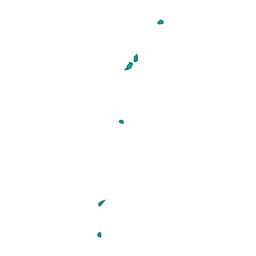 SVG path tracing the border of Northern Mariana Islands, rotated 191°
{"feature_id": "MNP", "entity_name": "Northern Mariana Islands", "entity_type": "country or territory", "adm_level": 0, "iso_a3": "MNP", "parent_name": "Oceania", "parent_adm1": "", "projection": "robinson", "projection_center": [145.622, 16.459], "detail": "fine", "context": "isolated", "style": "filled", "palette": "teal", "viewbox_px": 256, "rotation_deg": 191, "n_neighbors": 0, "source": "natural_earth", "source_scale": "50m", "svg_char_len": 715}
<svg xmlns="http://www.w3.org/2000/svg" viewBox="0 0 256 256"><g transform="rotate(191 128 128)"><path d="M138.8,191.2L138.7,192.5L136.6,192.2L136.0,191.6L137.2,187.3L140.2,185.3L141.7,184.9L140.3,187.0L140.1,189.3L138.8,191.2ZM135.1,199.0L133.3,201.4L132.1,197.6L131.9,196.1L133.5,194.7L134.4,194.8L135.1,199.0ZM118.5,237.7L116.4,240.0L114.9,239.5L114.0,238.8L113.8,237.5L117.1,236.3L118.5,236.7L118.5,237.7ZM139.8,50.7L137.8,51.8L140.3,47.1L141.1,46.3L142.2,48.0L139.8,50.7ZM137.0,18.1L135.7,19.9L134.6,18.6L134.4,16.0L136.2,16.3L136.9,16.8L137.0,18.1ZM137.1,133.7L136.2,134.1L134.9,133.9L134.0,133.1L133.8,131.9L136.4,131.8L137.4,132.7L137.1,133.7Z" fill="#14b8a6" stroke="#0f766e" stroke-width="1.5"/></g></svg>